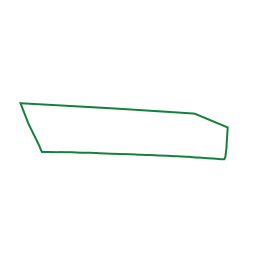 Arroio do Sal, Rio Grande do Sul, Brazil, rotated 60°
{"feature_id": "56859067B51555505580585", "entity_name": "Arroio do Sal", "entity_type": "district", "adm_level": 2, "iso_a3": "BRA", "parent_name": "Brazil", "parent_adm1": "Rio Grande do Sul", "projection": "albers", "projection_center": [-49.866, -29.516], "detail": "fine", "context": "isolated", "style": "outline", "palette": "green", "viewbox_px": 256, "rotation_deg": 60, "n_neighbors": 0, "source": "geoboundaries", "source_scale": "gbopen_adm2", "svg_char_len": 894}
<svg xmlns="http://www.w3.org/2000/svg" viewBox="0 0 256 256"><g transform="rotate(60 128 128)"><path d="M203.2,60.2L201.7,58.1L199.0,56.1L193.5,52.0L190.9,50.4L177.4,41.4L148.8,63.2L138.9,78.0L104.7,129.4L52.8,208.7L74.0,212.0L78.0,212.3L97.4,213.6L105.6,214.6L107.7,211.2L109.6,207.9L111.4,205.0L113.6,201.3L115.3,198.1L117.5,194.6L119.9,190.4L121.9,187.2L124.2,183.8L126.1,180.7L128.2,177.2L130.2,173.6L132.0,170.9L133.4,168.5L135.3,165.8L137.6,162.2L139.6,159.0L142.3,154.8L144.4,151.3L146.8,147.5L148.2,145.2L150.3,141.7L152.6,138.0L154.3,135.3L155.8,133.2L157.8,129.9L160.0,126.5L162.5,122.4L164.0,119.9L165.9,117.1L167.7,114.3L169.7,111.0L172.9,106.0L175.3,102.5L176.9,99.7L178.6,97.2L180.3,94.5L182.0,92.0L183.4,89.6L185.3,87.1L187.5,84.0L189.6,80.5L191.4,77.9L193.8,74.5L195.8,71.4L197.4,68.9L199.1,66.5L201.0,63.9L203.2,60.2Z" fill="none" stroke="#15803d" stroke-width="2"/></g></svg>